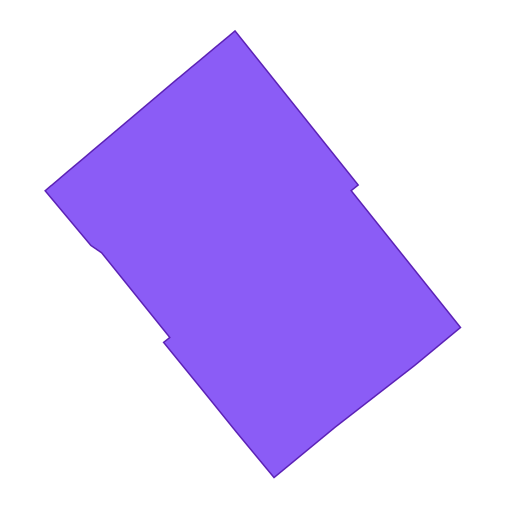 outline of Howell, Missouri, United States of America, rotated 140°
{"feature_id": "52423323B11820263063705", "entity_name": "Howell", "entity_type": "district", "adm_level": 2, "iso_a3": "USA", "parent_name": "United States of America", "parent_adm1": "Missouri", "projection": "robinson", "projection_center": [-91.877, 36.777], "detail": "fine", "context": "isolated", "style": "filled", "palette": "violet", "viewbox_px": 512, "rotation_deg": 140, "n_neighbors": 0, "source": "geoboundaries", "source_scale": "gbopen_adm2", "svg_char_len": 574}
<svg xmlns="http://www.w3.org/2000/svg" viewBox="0 0 512 512"><g transform="rotate(140 256 256)"><path d="M145.3,69.8L141.1,244.9L132.1,244.7L127.4,441.9L127.5,441.9L139.6,441.9L152.6,442.0L162.4,442.0L163.2,442.0L178.1,442.0L183.4,442.1L200.3,442.1L202.0,442.2L268.3,441.9L269.2,441.9L301.6,441.8L303.8,441.8L305.2,441.8L313.4,441.8L323.7,441.7L345.5,441.7L367.2,441.5L368.0,441.6L375.6,441.5L375.7,370.2L372.2,357.7L374.4,249.0L382.3,249.2L383.3,181.6L384.2,133.6L384.6,74.7L305.1,74.0L204.9,70.2L145.3,69.8Z" fill="#8b5cf6" stroke="#5b21b6" stroke-width="1.5"/></g></svg>